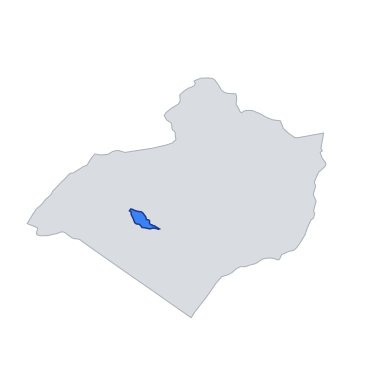 Uganda, with Gomba highlighted, rotated 35°
{"feature_id": "UGA-5600", "entity_name": "Gomba", "entity_type": "District", "adm_level": 1, "iso_a3": "UGA", "parent_name": "Uganda", "parent_adm1": "", "projection": "albers", "projection_center": [31.74, 0.19], "detail": "fine", "context": "in_parent", "style": "filled", "palette": "blue", "viewbox_px": 384, "rotation_deg": 35, "n_neighbors": 0, "source": "natural_earth", "source_scale": "10m", "svg_char_len": 2814}
<svg xmlns="http://www.w3.org/2000/svg" viewBox="0 0 384 384"><g transform="rotate(35 192 192)"><path d="M263.3,295.5L258.5,295.5L250.8,295.5L243.0,295.5L235.3,295.5L227.6,295.5L219.8,295.5L212.1,295.5L204.3,295.5L196.6,295.6L188.9,295.6L181.1,295.6L173.4,295.6L165.6,295.6L157.9,295.6L150.2,295.6L142.4,295.6L134.7,295.5L130.1,295.5L129.2,295.4L128.6,295.2L125.6,295.8L122.6,297.7L119.4,298.5L116.0,298.2L115.5,298.4L113.8,298.3L111.3,298.2L109.0,298.7L107.3,300.3L105.5,303.2L102.3,306.5L99.8,309.4L97.7,311.4L92.9,314.8L90.3,315.8L88.9,315.7L88.1,315.0L86.6,310.7L85.7,310.0L76.3,312.2L74.9,312.2L75.0,310.9L74.3,300.7L74.3,294.4L75.5,290.5L76.2,286.0L76.3,282.0L78.0,275.2L77.4,271.1L79.7,256.9L80.3,254.5L81.1,247.6L82.5,245.5L83.7,244.7L85.4,240.5L88.4,233.7L90.6,230.2L90.1,222.6L90.5,217.4L91.0,216.3L95.5,214.4L101.4,209.6L103.9,204.0L107.4,200.4L114.2,198.1L114.3,198.1L134.5,178.8L143.9,168.3L147.9,163.0L148.1,161.1L148.9,158.6L147.2,156.6L145.3,154.8L144.6,153.2L142.9,152.4L140.5,152.4L138.9,151.2L137.1,148.9L135.3,147.4L129.6,147.5L125.2,145.1L125.2,141.8L127.0,135.4L130.3,128.1L130.5,126.0L130.0,124.3L129.2,122.8L127.7,121.3L126.3,119.6L127.4,114.3L129.5,109.1L131.3,106.5L132.9,103.6L132.5,101.2L130.0,100.0L131.3,97.7L133.9,93.8L139.1,89.8L143.6,87.2L146.6,87.2L152.5,89.3L157.8,91.8L160.7,91.9L164.3,90.9L171.6,86.5L173.4,87.9L175.5,90.5L177.8,94.9L182.5,97.0L184.7,98.4L186.3,98.8L187.1,98.4L188.9,94.9L191.0,93.0L194.9,90.6L203.6,88.7L209.7,88.2L212.3,87.7L216.7,86.6L223.6,83.0L230.4,87.6L237.8,88.5L244.9,88.5L247.1,87.1L248.4,86.0L255.9,78.4L266.0,68.2L272.8,82.6L275.1,83.4L274.8,84.7L274.2,85.9L278.7,89.4L284.1,91.2L286.1,92.9L286.3,94.9L284.4,103.3L284.8,105.7L286.6,114.1L289.8,116.0L292.7,124.5L298.5,128.1L299.4,129.2L300.7,133.3L302.5,137.8L303.9,138.8L304.8,139.1L306.5,143.9L305.5,146.6L306.9,154.7L309.1,162.0L309.7,170.8L309.7,174.6L309.7,177.0L309.2,180.3L308.2,182.2L306.3,184.1L304.2,187.0L302.5,190.2L301.3,191.7L302.2,196.4L302.0,197.7L301.5,198.3L298.9,199.0L295.5,200.3L293.5,201.5L290.6,203.9L288.2,206.5L285.2,214.1L280.1,220.1L279.2,222.0L274.3,225.6L272.2,229.9L270.9,235.3L269.0,239.1L264.9,244.3L264.0,252.6L264.1,269.2L263.1,288.1L263.3,295.5Z" fill="#d9dde1" stroke="#a8b0b8" stroke-width="1"/><path d="M172.6,239.7L173.8,240.0L174.8,241.6L175.6,242.1L176.5,242.4L177.4,242.3L178.0,241.8L179.0,242.1L179.8,241.8L180.2,241.3L181.2,241.3L186.5,240.9L185.8,241.9L183.4,242.5L180.5,244.1L178.9,246.2L176.8,247.2L173.6,248.5L171.4,249.8L169.8,249.1L167.2,248.7L166.1,249.3L165.1,249.9L163.9,250.1L162.6,249.9L159.4,247.7L156.0,245.8L155.1,245.4L154.2,243.9L153.4,243.4L151.5,243.3L151.6,241.0L153.2,240.4L155.9,239.9L158.6,239.0L161.9,237.3L163.8,237.4L165.4,237.9L168.4,238.9L170.5,240.8L172.6,239.7Z" fill="#3b82f6" stroke="#1e3a8a" stroke-width="1.5"/></g></svg>